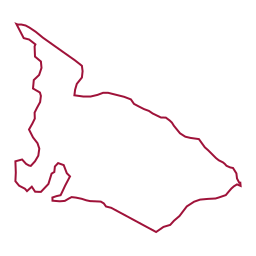 Ineia, Paphos, Cyprus
{"feature_id": "46923920B71258573989723", "entity_name": "Ineia", "entity_type": "district", "adm_level": 2, "iso_a3": "CYP", "parent_name": "Cyprus", "parent_adm1": "Paphos", "projection": "albers", "projection_center": [32.342, 34.971], "detail": "fine", "context": "isolated", "style": "outline", "palette": "rose", "viewbox_px": 256, "rotation_deg": 0, "n_neighbors": 0, "source": "geoboundaries", "source_scale": "gbopen_adm2", "svg_char_len": 1597}
<svg xmlns="http://www.w3.org/2000/svg" viewBox="0 0 256 256"><path d="M16.4,24.0L23.7,38.1L29.1,39.5L35.4,44.4L34.6,46.4L35.0,56.6L40.9,61.5L41.5,67.9L39.1,75.0L33.8,80.0L33.0,88.5L39.9,92.5L40.9,95.9L40.1,102.1L37.0,107.8L34.6,112.6L34.8,118.6L32.4,123.5L29.0,129.5L33.0,137.4L37.5,143.2L39.3,148.6L38.3,155.7L35.0,161.3L30.8,165.9L29.0,165.5L26.1,163.9L22.1,159.5L15.4,161.3L15.8,172.6L15.4,181.2L19.1,185.7L24.9,188.7L27.0,191.1L31.8,186.7L35.1,191.7L39.7,191.9L40.9,191.9L48.4,184.0L51.6,173.6L54.3,172.0L54.9,166.5L58.1,163.1L63.7,165.1L66.8,173.2L70.0,176.4L65.2,185.5L62.3,191.7L60.6,195.2L56.6,196.1L52.4,197.5L52.5,200.7L59.7,201.3L64.8,200.9L68.9,198.5L71.6,197.1L75.9,197.6L81.7,198.8L86.3,200.3L90.1,201.1L96.8,201.4L100.8,201.6L103.8,203.4L106.0,206.5L111.2,207.8L156.1,232.0L163.5,226.9L170.2,224.9L174.0,220.7L179.5,216.0L182.9,211.5L186.8,206.4L194.1,201.7L200.1,199.6L207.9,198.9L215.5,198.5L218.8,197.5L225.8,195.1L228.8,191.5L231.4,188.5L233.9,186.3L237.0,184.4L240.6,185.9L240.3,182.7L239.3,182.8L237.0,178.5L236.4,173.4L233.0,168.0L230.1,167.4L226.5,165.8L224.8,163.9L223.0,162.4L218.8,160.3L216.0,158.1L208.0,150.1L204.8,147.3L198.9,139.1L190.4,137.9L185.3,136.7L180.0,133.3L173.9,125.8L171.9,122.6L169.7,120.5L165.8,117.6L160.9,117.5L152.7,113.5L148.9,110.9L144.0,109.1L138.7,106.4L134.0,103.9L130.9,99.4L124.1,96.8L108.1,92.8L103.1,92.8L97.5,94.9L90.7,96.5L83.1,96.5L74.4,95.3L75.1,89.7L76.8,83.9L81.9,77.5L82.6,71.2L81.9,65.8L74.9,60.3L63.1,52.0L42.8,37.6L35.6,31.7L29.3,27.5L25.6,25.5L21.2,24.5L17.7,24.5L16.4,24.0Z" fill="none" stroke="#9f1239" stroke-width="2"/></svg>